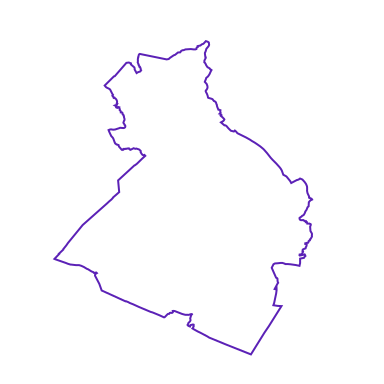 the district of Razboieni, Neamt, Romania, rotated 99°
{"feature_id": "2599482B74190320354557", "entity_name": "Razboieni", "entity_type": "district", "adm_level": 2, "iso_a3": "ROU", "parent_name": "Romania", "parent_adm1": "Neamt", "projection": "orthographic", "projection_center": [26.546, 47.074], "detail": "fine", "context": "isolated", "style": "outline", "palette": "violet", "viewbox_px": 384, "rotation_deg": 99, "n_neighbors": 0, "source": "geoboundaries", "source_scale": "gbopen_adm2", "svg_char_len": 5855}
<svg xmlns="http://www.w3.org/2000/svg" viewBox="0 0 384 384"><g transform="rotate(99 192 192)"><path d="M303.4,265.8L310.2,241.3L310.4,240.5L310.2,240.2L310.8,237.5L311.3,236.3L312.1,232.7L313.9,226.2L316.9,214.0L317.1,212.2L318.8,205.0L320.2,200.0L319.9,199.4L316.5,197.0L316.1,196.5L315.9,195.5L314.9,195.0L314.5,193.9L314.6,193.0L314.3,192.5L313.8,192.1L312.9,192.1L312.5,192.3L312.3,191.6L312.3,190.4L314.0,182.7L314.3,180.0L314.3,178.8L314.0,177.6L314.0,176.7L313.8,175.9L312.9,174.2L312.6,173.1L312.8,172.9L313.5,173.4L314.1,173.6L317.2,174.0L318.2,173.6L319.1,173.4L320.2,173.8L322.0,175.1L323.0,175.2L324.0,175.6L324.7,174.8L325.2,173.2L325.2,172.9L323.7,172.7L322.7,170.3L322.8,169.6L324.7,169.3L325.2,169.7L325.9,169.7L326.7,170.2L327.4,168.5L328.9,164.4L329.6,162.0L332.3,154.1L333.1,152.3L337.3,134.6L343.2,108.4L319.5,98.4L312.5,95.1L290.7,85.8L291.1,89.6L291.1,93.9L288.7,93.5L279.0,93.0L275.7,93.1L273.6,93.5L275.0,94.0L274.9,95.2L268.9,93.1L268.2,92.7L267.3,93.3L266.3,93.6L264.1,94.1L263.8,94.4L263.7,95.1L263.4,95.6L254.4,101.4L250.6,100.2L249.6,98.9L248.9,95.9L248.2,93.4L247.9,91.6L248.3,89.1L248.6,88.6L248.2,86.2L248.0,83.5L247.9,78.1L248.1,74.3L245.3,74.1L240.9,74.8L239.5,71.1L237.8,70.4L237.5,70.0L236.9,70.2L236.0,71.0L236.4,71.7L237.9,75.6L237.7,75.9L236.9,75.9L236.7,75.0L236.1,74.0L235.0,73.3L234.0,73.3L233.9,73.0L233.6,72.9L233.2,73.1L233.1,73.6L231.6,73.6L231.1,73.1L229.9,71.0L228.5,70.9L228.0,70.6L226.2,70.4L225.5,71.2L225.6,72.0L225.0,72.1L224.9,71.6L224.4,71.1L224.1,69.6L223.5,69.2L222.2,69.1L221.5,68.2L221.3,68.0L220.8,67.9L220.4,68.1L220.1,67.7L219.2,67.3L217.4,66.6L216.8,66.6L216.5,66.8L214.7,66.9L214.1,67.2L212.0,68.9L207.8,69.9L205.8,69.5L205.1,69.9L205.1,70.5L204.8,71.0L205.2,73.2L203.8,73.8L204.0,74.8L203.0,74.9L203.1,76.1L202.7,76.4L202.7,77.4L202.3,77.8L202.8,79.9L202.4,81.1L201.6,81.6L200.7,81.7L199.0,79.9L198.3,79.5L197.6,78.5L196.9,77.9L194.5,77.1L193.7,77.1L191.7,76.1L189.0,75.5L187.9,74.6L183.8,75.0L182.1,74.0L181.6,73.5L180.7,72.2L180.0,72.8L179.5,74.5L179.5,75.0L179.3,75.5L178.2,75.6L175.1,77.7L172.7,78.6L172.0,78.6L169.1,79.1L168.1,79.5L166.3,80.6L164.6,82.2L162.4,84.9L161.8,87.4L162.9,88.5L163.6,89.7L163.7,90.2L167.6,95.4L165.8,96.8L162.0,101.0L161.6,101.8L160.7,104.5L156.7,106.7L155.0,108.1L153.7,109.5L150.7,113.2L147.8,117.2L145.9,119.6L141.9,123.9L138.9,127.5L138.2,128.5L136.3,131.7L134.6,135.2L133.4,137.8L132.2,140.9L131.3,142.8L129.7,147.1L126.9,156.1L126.7,156.5L125.5,157.8L124.6,159.3L125.7,160.1L125.4,163.2L123.4,166.0L121.5,168.2L121.1,169.0L120.9,169.9L121.1,170.4L118.7,174.3L117.1,172.3L116.2,171.7L115.2,171.4L114.6,172.0L113.2,173.9L112.3,175.5L112.0,175.8L111.5,175.8L111.5,175.2L111.3,175.0L110.4,176.0L110.2,176.5L110.2,176.9L109.1,176.2L107.7,176.8L106.8,176.7L106.5,177.9L106.6,178.8L104.1,180.3L102.9,180.9L102.2,181.0L101.2,181.7L99.7,182.4L98.8,183.8L98.7,184.6L97.1,186.3L96.8,187.6L96.5,190.3L96.3,190.9L94.5,191.6L92.7,192.6L91.1,193.8L90.2,194.3L89.5,194.2L88.8,193.6L87.3,193.1L86.5,193.0L85.0,193.3L83.0,194.4L81.2,196.6L78.2,195.9L77.1,195.8L75.4,194.3L73.1,193.2L69.8,192.3L68.5,191.8L68.3,192.1L68.0,193.2L67.3,193.7L66.9,194.5L66.3,196.2L64.6,197.8L63.6,198.4L62.4,199.4L62.0,200.1L60.2,200.3L57.4,199.4L56.8,199.5L56.7,199.9L53.3,200.9L52.4,201.0L51.3,200.6L48.3,200.2L45.5,198.5L44.0,198.1L41.7,198.8L41.2,199.8L40.8,201.9L43.8,203.9L44.7,205.5L46.0,206.6L46.5,208.0L46.9,208.8L47.0,209.2L47.9,209.0L48.2,209.6L48.8,210.0L50.1,210.0L50.6,210.9L50.9,212.6L51.0,215.5L52.2,220.8L53.2,222.4L53.5,223.6L54.3,224.7L55.9,225.5L56.4,227.7L59.1,230.1L59.9,231.5L63.1,234.9L64.3,235.8L65.0,237.8L63.8,265.2L64.2,265.7L64.9,266.0L66.5,266.1L67.2,266.3L67.6,266.1L68.2,266.3L70.0,266.2L71.0,265.9L72.5,265.9L74.0,264.9L74.6,264.8L74.8,264.4L75.3,264.3L75.9,263.8L76.6,263.6L76.9,263.2L76.7,262.9L77.9,262.1L79.4,261.7L79.7,261.3L81.0,261.9L82.2,264.2L83.2,265.3L80.0,267.8L78.9,268.0L78.0,268.4L75.5,272.4L74.5,272.4L74.0,274.6L74.7,277.0L89.7,286.4L90.0,287.2L100.5,294.9L101.9,293.3L102.3,292.4L102.9,290.3L103.6,288.9L107.5,286.1L108.4,285.2L109.4,285.7L110.0,285.0L110.8,284.4L110.6,284.3L110.8,283.6L111.3,283.7L111.3,283.1L111.8,282.0L112.5,281.2L113.9,280.3L114.6,280.1L116.2,280.0L116.3,280.2L116.9,280.2L117.1,280.1L117.0,279.7L118.1,280.0L118.3,281.2L118.6,281.7L118.9,280.9L119.5,280.4L120.2,280.2L120.2,279.7L120.6,279.2L120.6,278.8L120.4,278.5L119.9,278.7L119.6,278.3L119.7,277.0L120.3,277.0L121.6,276.2L122.3,276.3L123.4,275.0L124.5,274.8L124.4,273.5L125.0,272.9L125.9,272.8L126.9,271.5L127.3,271.6L128.1,271.0L129.0,270.8L130.1,270.2L131.4,269.9L132.4,270.3L134.2,270.6L134.5,270.5L135.9,269.2L136.3,269.1L136.6,268.5L136.9,268.3L137.7,268.1L138.5,268.2L139.2,268.8L139.6,269.8L139.8,273.0L140.3,273.8L142.3,277.7L142.8,279.6L142.8,281.8L143.3,283.2L143.9,284.1L145.4,283.2L146.3,282.6L148.3,281.3L148.7,280.9L149.2,280.7L150.8,278.7L151.7,278.0L155.3,276.0L155.9,275.4L156.1,275.4L156.9,273.9L156.8,273.5L157.0,273.1L157.1,271.9L158.5,271.3L161.2,268.1L161.4,267.6L160.4,266.7L160.8,266.3L160.0,265.5L159.8,264.1L159.5,263.9L159.5,263.3L158.9,261.9L158.8,261.1L159.4,260.7L159.5,259.9L160.0,259.6L160.0,259.4L157.9,256.5L158.1,255.5L158.2,254.6L157.8,253.8L158.2,251.3L158.4,250.6L159.6,249.0L160.6,249.0L161.9,248.0L163.0,246.8L163.2,246.2L163.3,245.5L162.8,244.8L163.6,243.8L166.8,246.4L172.7,250.8L174.5,252.5L174.7,253.0L192.1,266.8L203.5,263.9L209.6,269.0L209.9,269.2L210.2,269.2L212.0,270.4L214.2,272.3L216.4,274.0L241.7,294.8L261.7,306.5L264.4,307.8L268.6,310.2L269.0,310.1L273.8,313.8L274.0,313.5L279.6,317.4L279.8,316.7L281.8,305.6L282.3,303.4L282.7,300.6L282.6,300.3L282.4,295.5L281.9,292.0L282.2,289.9L283.0,287.0L284.3,283.9L284.6,282.5L286.2,278.8L286.6,276.9L287.2,276.4L287.2,275.9L286.5,274.0L287.0,273.3L288.1,274.6L289.0,274.8L289.8,274.7L297.2,269.2L303.4,265.8Z" fill="none" stroke="#5b21b6" stroke-width="2"/></g></svg>